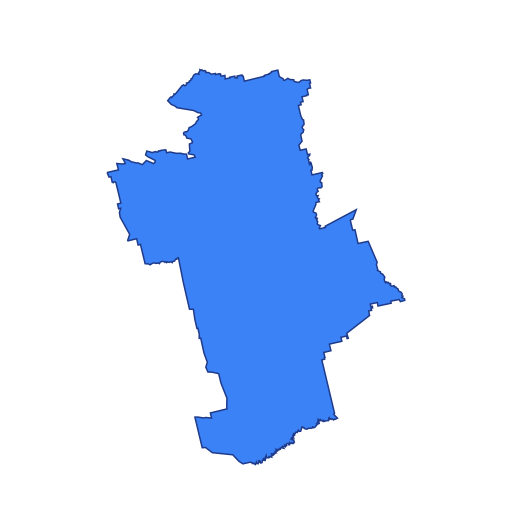 Weddin, New South Wales, Australia, rotated 248°
{"feature_id": "25037944B42386149342522", "entity_name": "Weddin", "entity_type": "district", "adm_level": 2, "iso_a3": "AUS", "parent_name": "Australia", "parent_adm1": "New South Wales", "projection": "robinson", "projection_center": [147.918, -33.878], "detail": "fine", "context": "isolated", "style": "filled", "palette": "blue", "viewbox_px": 512, "rotation_deg": 248, "n_neighbors": 0, "source": "geoboundaries", "source_scale": "gbopen_adm2", "svg_char_len": 6033}
<svg xmlns="http://www.w3.org/2000/svg" viewBox="0 0 512 512"><g transform="rotate(248 256 256)"><path d="M159.1,377.3L160.6,377.7L162.8,375.7L163.7,377.2L164.5,376.4L166.4,377.4L168.3,376.8L169.9,375.2L172.4,375.3L173.8,374.1L174.9,374.1L175.4,372.7L176.8,372.9L177.1,370.6L178.2,369.7L179.0,369.4L179.6,369.8L179.6,370.4L180.2,370.3L181.4,368.6L182.1,368.6L182.0,367.7L182.9,367.4L182.6,366.4L183.4,366.5L183.8,365.8L186.6,366.2L188.1,367.5L191.8,366.6L193.2,365.2L194.8,365.4L197.1,363.2L197.7,363.8L202.9,364.4L204.8,366.0L227.6,365.5L229.4,355.3L243.3,357.6L243.7,355.3L253.6,356.8L254.2,357.5L253.9,359.6L261.4,366.3L257.7,331.3L256.5,331.1L257.3,325.3L258.1,325.1L260.1,327.1L261.7,325.3L262.9,324.8L264.8,326.1L266.5,325.7L267.9,327.0L268.5,326.6L268.5,325.5L269.5,325.4L270.8,327.1L272.0,327.7L273.4,327.6L275.1,325.7L276.5,326.0L281.3,330.8L283.2,331.7L282.6,335.1L284.5,334.9L285.3,336.1L286.3,335.0L287.5,334.8L288.7,336.2L289.1,334.8L290.5,334.5L292.2,336.1L292.8,338.0L294.3,337.5L295.5,338.3L295.8,339.3L294.9,341.7L295.4,343.2L299.4,344.4L300.1,343.4L301.6,343.5L305.3,347.6L306.6,347.2L307.7,348.9L308.6,348.7L310.2,338.3L314.8,339.0L314.6,340.1L317.1,341.4L322.0,341.9L323.1,341.5L320.4,341.1L320.6,339.9L325.6,340.7L325.6,341.2L328.0,340.6L329.3,343.5L330.3,344.1L330.7,341.7L336.5,342.6L337.5,336.6L342.7,337.3L345.2,341.7L351.0,342.7L352.2,343.5L353.1,346.1L355.2,347.6L356.6,346.9L358.3,347.0L360.1,349.9L364.3,351.1L365.1,350.3L369.1,350.0L379.7,351.7L379.3,354.5L382.0,354.9L381.5,357.5L386.4,358.3L385.7,363.1L386.2,363.2L385.9,364.9L391.3,365.8L391.8,367.6L391.3,369.5L396.1,370.3L396.0,371.4L399.2,371.9L399.8,369.1L401.5,365.8L401.8,363.6L401.0,361.3L401.5,359.5L403.7,356.7L405.3,357.0L407.0,353.4L408.8,352.1L408.2,349.0L408.4,347.6L410.2,347.5L413.6,344.8L420.2,345.9L421.2,339.4L420.4,339.2L420.2,336.4L419.7,336.4L420.3,332.2L420.2,331.1L419.5,331.0L422.5,310.7L427.5,311.5L427.9,310.7L429.1,310.8L429.9,305.8L428.2,305.5L428.8,303.4L430.7,303.7L431.6,298.7L430.9,298.6L431.7,293.8L435.1,294.8L435.8,291.0L438.1,291.3L438.3,290.0L438.8,290.1L439.3,286.6L440.4,286.8L441.3,282.7L443.8,280.9L444.9,278.3L446.1,278.7L447.1,278.1L447.3,276.4L448.9,275.6L448.9,274.6L449.8,273.8L448.7,273.4L447.1,271.0L446.0,271.2L447.5,268.3L447.1,266.1L444.3,262.9L444.6,262.2L443.4,261.5L443.1,259.6L442.0,259.0L442.4,256.3L441.5,256.2L440.5,254.9L440.6,253.7L441.8,253.1L441.6,251.2L436.3,241.8L437.0,240.6L436.0,240.3L434.6,237.2L435.3,236.8L435.0,235.7L433.1,232.3L428.3,234.2L425.7,236.8L423.0,238.4L414.4,252.5L410.5,256.1L409.4,258.2L407.2,258.4L406.5,253.9L406.0,254.3L404.1,253.7L403.0,251.3L401.4,249.6L400.1,244.8L400.1,242.1L397.7,240.0L397.1,238.0L397.6,237.5L397.6,235.5L397.1,234.9L395.4,234.5L394.4,236.0L391.3,236.0L388.9,239.6L385.4,239.8L384.9,239.4L384.8,236.2L377.9,233.9L377.0,231.9L375.9,231.8L373.0,236.5L370.4,236.6L371.6,228.9L376.5,229.7L377.8,226.8L379.3,225.0L381.1,220.5L384.6,215.3L385.2,211.8L388.0,212.2L388.5,211.6L389.7,206.7L389.3,206.1L390.0,205.0L389.3,204.2L389.5,202.8L390.4,202.2L390.8,198.5L394.2,194.1L391.1,191.5L388.6,192.9L382.4,198.3L381.0,197.7L380.0,195.7L385.6,190.1L383.3,184.8L386.6,181.4L387.1,179.9L390.1,175.7L392.5,173.9L396.0,169.0L391.4,169.6L390.7,169.2L391.6,166.0L393.9,161.6L387.4,160.7L389.1,149.8L388.5,149.2L384.2,149.3L383.9,151.2L378.1,150.3L377.4,151.4L377.9,152.0L377.6,153.2L376.3,153.6L355.6,150.5L356.1,147.1L351.2,146.3L350.9,148.4L347.6,145.7L342.9,144.6L323.4,147.0L318.6,142.9L318.0,143.0L316.7,151.8L310.3,150.8L310.0,153.2L290.4,150.3L288.9,153.3L287.5,154.5L288.1,157.5L287.7,159.0L286.5,160.8L286.1,162.8L285.1,163.6L286.2,164.9L286.1,167.3L284.8,169.1L284.2,169.2L284.5,170.3L283.3,170.8L283.8,171.6L282.6,173.2L282.5,175.1L281.3,175.8L282.1,176.5L281.8,178.6L283.2,180.3L282.7,181.4L283.6,182.2L283.4,183.4L258.6,178.7L231.6,174.4L230.0,178.0L220.4,175.6L211.0,174.1L210.8,175.0L205.1,174.2L200.9,172.5L200.7,174.0L185.4,171.4L175.7,171.1L171.7,167.8L166.4,168.0L164.9,171.5L160.9,177.3L151.2,175.9L135.0,175.8L127.0,172.3L125.1,172.0L127.6,154.9L122.4,154.1L125.1,148.9L125.4,146.8L128.6,141.5L129.5,139.0L98.4,134.3L97.3,137.5L90.0,141.8L80.4,160.0L72.0,163.3L68.2,166.0L67.0,173.2L66.0,174.9L65.0,174.8L64.5,176.7L63.7,176.6L63.7,177.1L62.9,177.5L64.8,179.2L63.4,179.1L62.6,180.2L65.2,182.1L64.1,183.1L63.2,182.3L62.2,182.9L62.2,184.2L64.2,185.6L63.0,187.9L63.9,188.5L63.9,187.4L65.3,187.1L64.8,188.9L65.9,189.3L67.1,190.6L65.0,190.0L64.3,191.9L64.9,192.3L64.2,193.0L64.9,193.7L63.7,195.2L64.9,195.3L64.8,196.5L66.6,196.3L66.1,197.0L66.3,198.2L65.2,198.1L66.1,200.3L67.7,199.9L66.4,201.0L67.7,201.0L67.3,202.4L68.7,202.3L67.7,203.0L68.5,203.3L67.5,204.4L68.4,205.1L67.8,206.1L69.4,206.4L68.3,206.5L69.2,208.5L68.4,208.1L67.5,209.5L68.8,209.0L69.1,210.5L68.2,211.4L69.5,211.8L68.5,212.2L68.7,213.4L70.3,212.9L69.8,213.4L70.5,214.7L70.2,215.5L68.7,215.7L68.5,216.2L69.8,216.3L69.3,217.5L70.1,217.6L69.0,218.2L69.4,219.4L68.3,219.8L68.3,220.9L69.1,221.1L69.2,221.9L71.3,222.0L71.3,221.5L73.1,221.0L72.5,220.2L73.2,219.8L74.2,221.4L73.1,222.7L75.6,222.7L76.3,223.6L75.2,224.1L75.5,224.8L77.2,224.6L76.7,226.0L77.8,227.1L77.0,228.2L78.6,229.9L77.3,230.2L76.8,231.8L80.3,234.6L79.8,235.4L78.9,235.5L78.4,236.5L77.5,236.6L76.3,238.4L76.7,239.6L75.4,243.5L76.2,244.6L75.2,245.1L75.1,246.3L76.4,248.9L77.6,249.2L77.0,250.1L77.1,251.9L77.8,252.0L78.7,250.9L79.2,252.6L79.8,251.6L81.2,252.4L80.2,252.7L80.3,254.4L78.9,254.6L78.7,255.6L77.5,256.2L78.3,256.9L77.0,257.7L77.0,259.3L76.2,261.6L77.0,262.5L78.6,262.7L78.8,263.3L77.0,263.4L77.0,264.3L76.4,264.6L76.6,265.4L74.9,266.6L75.4,267.5L74.9,268.3L75.1,270.8L80.1,268.7L80.7,269.9L135.0,278.1L134.6,281.0L136.1,281.2L136.0,281.9L141.2,282.7L140.1,290.0L146.8,291.0L144.8,303.7L148.8,304.3L147.9,309.9L145.3,309.5L145.1,310.7L150.4,311.2L158.3,339.0L162.9,339.9L162.3,342.8L164.4,343.1L164.2,344.7L165.8,345.0L166.0,343.5L168.6,343.9L167.4,351.0L163.9,350.4L161.6,363.6L163.6,364.0L163.2,366.5L162.0,372.4L159.6,372.8L159.1,377.3Z" fill="#3b82f6" stroke="#1e3a8a" stroke-width="1.5"/></g></svg>